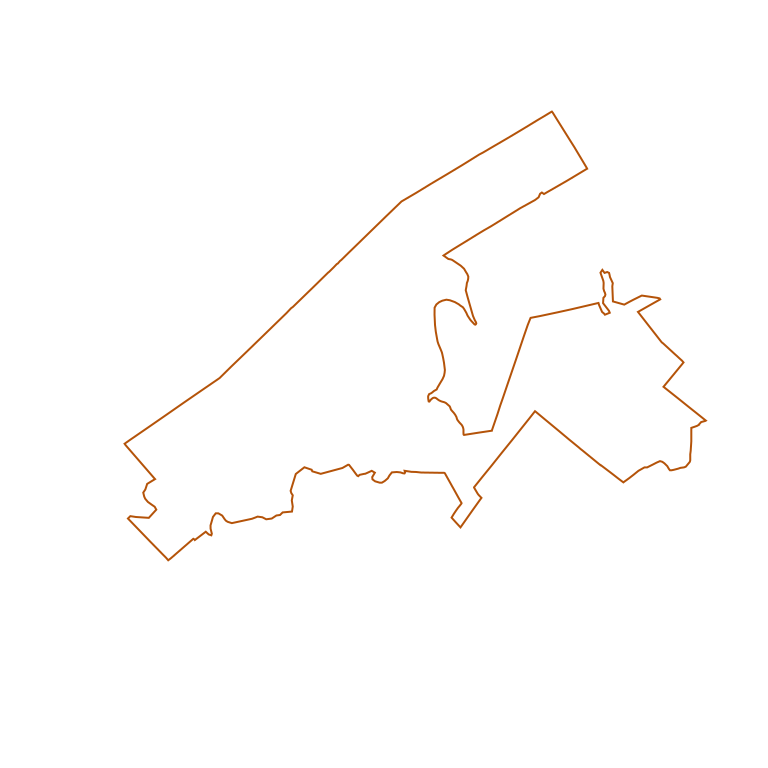 Dumbraveni, Constanta, Romania (Albers equal-area conic projection), rotated 68°
{"feature_id": "2599482B4810903982325", "entity_name": "Dumbraveni", "entity_type": "district", "adm_level": 2, "iso_a3": "ROU", "parent_name": "Romania", "parent_adm1": "Constanta", "projection": "albers", "projection_center": [27.999, 43.926], "detail": "fine", "context": "isolated", "style": "outline", "palette": "amber", "viewbox_px": 768, "rotation_deg": 68, "n_neighbors": 0, "source": "geoboundaries", "source_scale": "gbopen_adm2", "svg_char_len": 5426}
<svg xmlns="http://www.w3.org/2000/svg" viewBox="0 0 768 768"><g transform="rotate(68 384 384)"><path d="M342.2,646.9L343.9,646.5L385.9,632.1L386.4,631.9L387.9,641.0L392.4,644.8L394.5,647.9L398.6,648.5L400.9,648.4L404.9,647.1L408.7,644.7L411.9,642.6L415.2,642.2L420.0,652.2L414.4,663.8L411.5,668.7L412.8,671.8L443.3,659.5L449.1,657.1L453.7,655.2L455.9,654.3L458.1,653.4L463.6,651.1L466.6,650.1L465.7,646.8L456.1,618.8L457.2,617.9L457.8,617.8L454.2,604.6L457.8,602.9L459.6,600.8L458.3,599.7L453.2,599.0L450.1,597.8L448.6,596.6L443.2,592.4L440.9,588.5L441.9,586.0L445.4,583.3L449.6,582.4L451.5,581.8L453.2,580.6L456.0,577.2L459.5,556.9L459.6,553.4L459.6,550.9L462.0,546.7L465.3,543.9L466.7,538.5L465.6,533.0L466.5,529.5L465.1,526.1L467.8,517.1L463.4,514.5L457.4,513.1L453.0,510.3L450.5,510.8L448.1,510.6L434.4,499.5L431.4,489.0L436.4,483.2L438.1,483.2L443.6,476.3L446.3,454.0L445.4,447.5L445.9,446.7L447.0,446.4L451.9,445.0L456.3,443.9L458.9,443.2L459.8,442.4L459.1,440.7L459.3,439.4L459.9,436.0L460.2,435.0L460.1,432.2L459.9,427.9L462.8,425.7L465.9,429.8L468.1,430.4L470.9,428.7L473.9,424.9L474.7,422.9L474.2,419.7L472.9,415.8L470.9,413.3L468.9,409.8L470.4,405.1L472.1,401.9L473.9,399.8L474.6,398.5L474.0,397.6L472.2,397.4L475.7,391.5L477.6,387.2L480.0,382.7L486.9,366.3L488.9,361.5L489.3,361.1L489.6,361.0L503.0,359.3L503.3,359.3L506.9,358.8L516.7,357.6L523.5,356.7L523.8,356.9L525.3,359.5L526.7,362.1L527.0,362.5L528.2,364.4L529.9,366.9L530.5,367.8L533.2,371.4L539.0,369.3L545.6,366.8L534.1,349.0L527.3,338.3L526.1,336.3L522.4,337.8L521.0,338.2L515.8,339.0L513.7,339.3L513.5,339.2L507.0,327.6L499.9,314.7L492.1,300.9L484.6,287.4L484.5,287.2L476.3,272.7L470.9,263.1L470.8,262.9L465.8,254.2L466.0,254.1L466.4,253.8L476.1,248.6L493.3,239.3L504.4,233.4L515.7,227.2L517.7,226.2L519.6,225.1L526.7,221.2L540.0,213.9L539.9,213.8L540.1,213.6L550.3,207.5L554.2,205.2L559.4,202.2L564.9,198.9L564.5,197.5L564.0,195.4L563.1,191.8L561.6,186.5L559.8,180.6L558.9,173.8L559.9,171.2L559.8,170.1L559.4,165.0L559.0,160.7L558.9,157.0L560.4,155.1L562.6,153.7L566.3,152.1L569.3,151.7L571.1,151.2L571.7,149.7L572.1,147.6L572.7,142.9L572.8,140.5L573.2,139.0L573.7,137.0L573.7,135.1L572.9,133.6L571.5,131.0L571.1,130.2L570.6,129.5L569.4,128.6L563.9,126.4L560.9,124.7L552.4,120.6L539.8,115.5L540.0,112.1L540.1,109.4L539.8,107.3L539.6,107.3L538.1,104.2L538.6,100.0L538.5,99.3L527.8,105.3L521.1,109.1L507.7,116.6L491.3,125.9L477.7,100.9L476.2,98.2L473.9,99.0L470.2,100.8L467.8,101.9L465.4,103.1L450.7,110.1L449.6,110.8L448.7,111.1L430.9,116.2L412.3,121.5L409.9,103.3L409.0,96.2L408.5,96.3L407.9,96.4L406.5,98.3L402.4,105.3L398.6,111.8L398.6,112.3L399.3,121.4L399.8,126.4L400.4,131.5L393.2,140.8L378.9,135.7L376.2,134.1L369.5,134.4L367.4,134.0L365.3,133.7L363.8,135.1L363.6,137.9L360.0,138.8L361.9,141.6L363.8,141.7L370.5,142.0L372.6,142.5L377.8,144.8L380.3,145.1L382.1,145.0L384.0,145.2L385.3,146.2L386.3,148.3L391.1,150.6L400.4,148.0L402.5,148.0L402.5,153.2L401.1,153.6L398.9,154.8L391.5,155.0L389.2,154.8L385.0,181.8L382.6,196.0L379.4,214.2L377.6,223.3L378.1,223.8L378.7,224.4L380.9,226.5L383.1,228.6L392.4,236.7L410.7,252.4L430.1,269.2L441.7,279.2L447.5,284.3L454.6,290.2L467.5,301.4L467.7,301.5L464.7,313.9L461.2,328.9L460.8,329.1L460.4,329.1L458.5,328.4L456.1,327.4L454.6,327.1L453.0,327.0L451.0,327.3L448.2,328.4L446.6,328.9L444.6,329.4L443.4,329.4L441.9,329.2L439.2,329.5L436.9,330.1L434.7,330.9L433.2,331.4L432.5,331.5L430.1,331.4L429.2,331.5L427.6,332.3L425.0,333.6L424.6,333.9L423.6,334.8L423.1,335.4L422.3,336.5L421.3,337.7L420.0,338.9L418.7,339.8L416.8,340.9L416.1,341.5L415.7,342.1L415.5,342.5L415.3,343.4L415.3,344.0L415.7,345.4L416.3,346.9L417.3,348.5L417.2,348.8L416.9,349.1L415.8,348.9L414.2,348.5L412.4,347.9L411.6,347.4L411.0,346.7L410.3,346.0L410.2,343.6L410.0,342.8L409.2,340.3L408.8,337.2L408.6,337.0L407.4,335.8L404.4,331.9L401.4,327.9L398.9,325.3L396.3,323.6L393.8,322.3L386.7,320.4L382.4,319.5L378.4,318.8L376.4,318.5L373.0,318.5L367.3,318.6L364.6,318.4L362.1,317.9L355.0,316.4L348.4,314.6L338.7,311.2L332.2,308.5L329.9,305.7L328.8,302.2L328.6,298.7L329.2,294.6L330.1,293.1L331.0,291.6L334.6,287.6L336.9,285.8L338.0,284.9L339.8,283.9L342.4,282.1L344.5,281.6L346.6,281.3L348.9,281.0L351.9,280.9L356.5,280.0L357.5,279.7L358.6,279.3L362.7,277.7L363.2,277.0L363.0,276.4L362.3,275.7L361.1,275.6L358.8,275.9L354.3,276.0L335.3,274.0L328.7,273.2L327.7,273.1L324.1,270.8L321.4,269.3L321.1,269.0L319.7,267.7L317.9,266.5L316.0,265.6L313.3,265.6L311.2,266.0L307.1,266.6L303.1,268.5L297.6,272.2L294.5,274.3L293.5,275.4L292.2,277.5L287.2,280.7L286.9,279.5L285.1,270.3L283.3,259.7L281.8,250.7L280.3,242.0L278.9,233.4L277.8,225.4L272.0,191.7L270.0,175.1L268.8,170.7L266.1,168.0L265.6,165.9L267.8,164.5L267.4,161.9L264.1,138.1L262.8,129.8L261.5,121.6L260.5,115.3L260.5,115.0L260.2,115.0L258.0,115.3L236.9,118.6L236.7,118.6L229.0,120.0L202.5,124.7L195.6,125.9L194.3,126.3L194.4,127.2L197.1,144.4L199.7,160.2L202.4,177.6L204.5,192.1L205.2,196.9L206.0,202.2L206.5,205.6L206.9,209.7L210.4,229.8L213.1,246.7L216.0,265.7L218.8,282.4L221.3,299.4L229.4,319.5L237.5,339.3L245.6,359.1L248.8,367.0L253.0,377.1L253.5,378.8L255.0,381.7L255.1,382.8L255.5,383.7L257.0,387.0L259.5,393.0L259.7,393.9L263.0,401.9L265.7,408.4L270.3,419.7L278.4,439.6L278.9,441.7L281.7,447.8L286.5,459.6L294.7,479.7L302.9,499.9L310.9,519.8L316.9,534.2L321.6,555.5L326.3,576.6L331.1,597.6L335.9,618.9L340.7,640.5L342.2,646.9Z" fill="none" stroke="#b45309" stroke-width="2"/></g></svg>